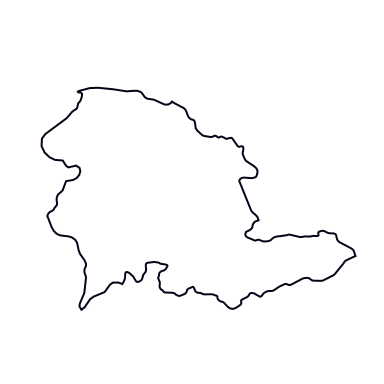 an SVG outline of Chiang Rai, rotated 258°
{"feature_id": "THA-389", "entity_name": "Chiang Rai", "entity_type": "Province", "adm_level": 1, "iso_a3": "THA", "parent_name": "Thailand", "parent_adm1": "", "projection": "orthographic", "projection_center": [99.723, 19.722], "detail": "fine", "context": "isolated", "style": "outline", "palette": "ink", "viewbox_px": 384, "rotation_deg": 258, "n_neighbors": 0, "source": "natural_earth", "source_scale": "10m", "svg_char_len": 5602}
<svg xmlns="http://www.w3.org/2000/svg" viewBox="0 0 384 384"><g transform="rotate(258 192 192)"><path d="M198.0,45.4L198.9,45.6L200.9,47.1L202.1,48.9L202.5,50.9L203.2,52.7L205.1,54.3L207.3,57.1L209.3,57.8L211.6,57.8L214.3,58.4L216.8,59.9L218.1,61.6L219.0,63.5L220.5,65.8L228.8,71.1L228.5,78.1L229.6,82.1L232.2,85.3L235.6,87.1L239.0,87.0L241.9,84.1L241.8,76.2L243.5,74.6L244.1,74.2L248.3,72.6L249.4,72.4L249.7,72.0L251.9,64.7L255.6,59.9L261.3,56.0L268.2,54.4L275.4,56.3L279.2,60.6L290.2,84.6L295.1,91.1L296.0,92.7L297.0,95.5L297.7,96.7L299.2,97.7L302.4,99.1L303.1,100.2L304.5,101.9L307.6,103.8L310.8,104.9L312.2,104.1L313.2,101.4L314.0,101.2L314.4,103.2L314.9,113.6L313.5,121.7L308.9,136.2L304.0,149.1L303.1,156.2L302.4,159.5L300.5,162.6L298.9,163.7L295.2,165.3L293.7,166.3L292.4,168.1L290.3,173.8L287.9,177.1L283.3,183.3L282.5,186.9L283.4,189.7L284.6,191.3L283.2,192.5L276.1,201.0L274.6,202.3L273.7,202.7L272.3,203.1L267.1,203.9L266.1,204.2L265.1,204.7L263.6,205.9L263.1,206.7L262.7,207.3L262.5,207.8L262.2,208.4L261.5,208.8L260.6,209.2L258.7,209.3L254.0,208.9L253.3,209.0L252.1,209.5L250.6,210.2L245.8,213.6L245.3,214.1L244.9,214.6L244.0,216.1L242.5,220.3L242.0,221.3L241.7,222.5L241.7,223.2L241.9,223.9L242.2,225.1L242.3,225.8L242.2,226.4L241.9,227.0L241.6,227.4L241.2,227.8L240.3,228.6L239.9,229.0L239.7,229.5L239.8,230.2L239.9,230.8L240.1,231.4L240.2,232.0L240.0,232.6L239.7,233.1L238.3,234.9L237.2,236.1L236.9,236.5L236.8,236.9L237.0,239.7L237.0,240.4L236.9,241.2L236.7,241.8L236.4,242.3L235.5,242.8L227.9,246.0L227.4,246.3L226.9,246.6L226.6,247.0L226.4,247.5L226.5,248.8L226.5,249.5L226.4,250.1L226.1,250.7L225.8,251.2L225.0,251.4L223.9,251.3L221.7,250.6L219.8,249.7L219.2,249.5L218.0,249.6L216.5,249.8L213.5,250.4L212.0,251.0L211.1,251.4L204.5,257.9L202.5,259.4L201.3,260.0L199.9,260.4L198.9,260.4L197.5,260.1L195.2,259.0L194.1,258.3L193.5,257.5L193.1,256.0L193.1,254.3L193.3,252.6L195.4,245.4L195.4,244.5L195.3,243.7L195.1,243.0L194.9,242.3L194.5,241.7L194.1,241.2L192.9,240.5L161.7,246.0L160.6,246.4L159.2,247.2L156.8,249.1L154.1,250.8L150.5,251.2L149.9,247.3L147.8,244.9L144.2,243.2L143.0,241.1L142.5,239.7L142.2,238.3L141.8,236.7L140.6,235.8L139.7,235.4L138.9,235.3L138.1,235.4L137.4,235.7L136.9,236.0L136.4,236.4L135.8,237.1L132.9,241.4L131.8,242.7L131.5,243.4L131.3,244.2L131.4,244.9L131.5,245.6L131.6,246.4L131.5,247.2L131.2,247.8L129.0,251.2L128.7,251.9L128.5,252.6L128.1,255.9L128.1,256.7L128.3,258.2L128.8,259.5L129.9,261.2L130.2,261.9L130.5,262.5L130.7,264.1L130.8,266.6L130.4,269.8L130.3,272.6L130.1,274.1L130.0,275.1L130.1,276.1L130.2,276.8L130.2,277.8L129.9,278.9L126.0,287.1L125.3,289.0L125.1,290.4L125.2,292.1L125.1,293.1L123.9,298.1L123.9,301.4L123.0,304.8L122.9,305.7L123.1,306.5L123.6,306.8L124.3,306.9L125.0,306.9L125.8,306.9L126.3,307.3L126.7,307.8L126.9,308.8L127.0,310.0L126.8,312.1L126.4,313.1L125.7,314.0L124.9,314.8L123.6,316.7L122.9,318.4L122.2,321.5L121.6,322.7L121.0,323.6L120.4,323.8L119.6,324.0L117.1,324.0L115.5,324.1L114.5,324.4L114.0,324.6L112.9,325.3L112.3,325.8L103.5,336.3L102.5,337.1L102.0,337.4L101.3,337.8L100.6,338.0L95.4,338.6L93.4,329.7L92.4,327.0L90.7,325.4L82.0,314.6L81.2,313.2L78.3,302.1L78.1,300.5L80.1,292.1L80.4,291.5L80.8,290.9L83.6,288.2L83.9,287.3L84.2,286.1L84.4,283.8L84.4,282.6L80.8,269.9L80.6,268.2L80.9,267.5L82.2,265.5L82.6,264.3L82.6,263.4L81.3,257.7L78.9,251.8L78.6,250.5L78.6,249.3L79.2,246.4L79.2,245.3L79.1,244.3L78.6,242.4L78.3,241.6L77.9,240.9L75.8,238.4L75.4,237.5L75.4,237.0L75.5,236.8L76.8,235.1L79.5,232.2L80.0,231.5L80.4,230.7L80.9,229.2L80.9,228.2L80.6,227.5L79.7,226.5L79.2,226.1L78.7,225.6L78.1,224.7L77.6,223.4L76.5,219.1L76.1,218.0L75.6,217.5L75.0,217.3L73.4,217.2L72.6,217.0L71.8,216.2L71.0,214.7L69.7,211.3L69.3,209.6L69.1,208.2L69.3,207.4L69.5,206.7L69.8,206.0L70.1,205.4L70.9,204.3L72.9,202.7L77.0,200.3L77.5,199.9L77.9,199.4L78.3,198.8L78.9,197.6L79.2,197.0L79.6,196.5L80.1,196.1L81.2,195.3L81.9,195.0L82.6,194.9L83.4,194.9L84.1,195.1L84.8,195.0L85.4,194.6L85.9,193.4L86.5,192.7L87.8,190.5L89.2,183.2L89.6,182.1L89.9,181.3L91.2,179.8L91.6,179.1L92.1,177.2L92.4,176.4L92.8,175.9L93.3,175.4L93.8,175.0L94.4,174.6L95.1,174.4L97.5,174.1L98.3,173.8L99.0,173.3L99.1,172.7L98.9,171.8L98.6,170.7L98.3,168.8L97.9,167.7L97.4,167.0L95.6,166.0L95.1,165.6L94.2,164.6L93.8,163.6L93.0,159.3L93.0,158.0L93.3,157.0L94.2,155.9L94.5,155.4L95.0,154.9L95.5,154.6L96.1,154.3L96.9,153.2L97.6,151.6L99.1,145.5L99.5,144.2L100.0,143.8L101.8,142.8L103.2,141.5L103.8,141.1L104.4,140.9L105.1,140.7L105.9,140.6L106.6,140.7L109.4,141.6L111.0,141.7L114.5,141.0L114.9,141.0L115.4,141.2L116.4,141.9L117.1,142.3L119.1,143.0L119.7,143.4L120.1,143.9L120.7,145.1L121.0,146.6L121.0,147.4L121.1,148.2L121.3,148.9L122.0,150.1L122.4,150.6L124.4,152.4L124.9,152.7L125.7,152.4L126.5,151.3L128.1,147.0L128.6,146.0L130.0,144.4L131.4,140.7L132.0,134.0L131.8,132.7L131.4,132.2L130.8,131.9L130.2,131.6L125.4,130.9L124.7,130.7L123.6,130.0L122.7,129.1L121.5,127.5L121.0,127.0L118.0,125.5L116.8,124.7L116.2,124.0L115.8,123.0L115.3,121.1L115.4,120.0L115.7,119.2L116.2,118.8L116.8,118.5L121.0,117.1L121.6,116.9L125.5,114.1L126.2,113.4L127.1,112.1L127.3,111.2L127.2,110.4L126.6,110.1L125.3,109.5L122.3,108.7L121.0,108.2L119.8,107.5L117.9,106.1L116.5,104.6L116.8,104.4L118.8,100.9L119.8,95.8L118.5,92.6L112.3,85.8L110.1,74.0L108.5,70.3L101.5,62.9L99.8,59.4L103.5,58.1L106.2,59.1L115.5,65.6L130.1,70.5L131.9,70.6L135.4,70.1L137.3,70.3L139.1,71.0L141.9,73.0L143.8,73.4L147.5,72.7L154.5,69.7L158.5,69.0L166.2,69.0L169.5,67.9L172.7,64.9L174.4,61.6L176.9,54.2L179.1,51.1L182.5,48.8L186.7,47.4L197.1,45.8L198.0,45.4Z" fill="none" stroke="#020617" stroke-width="2"/></g></svg>